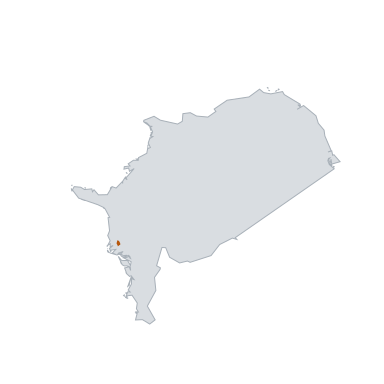 Nash, North Carolina, United States of America shown in context, rotated 127°
{"feature_id": "52423323B12414310346130", "entity_name": "Nash", "entity_type": "district", "adm_level": 2, "iso_a3": "USA", "parent_name": "United States of America", "parent_adm1": "North Carolina", "projection": "albers", "projection_center": [-77.97, 35.965], "detail": "fine", "context": "in_parent", "style": "filled", "palette": "amber", "viewbox_px": 384, "rotation_deg": 127, "n_neighbors": 0, "source": "geoboundaries", "source_scale": "gbopen_adm2", "svg_char_len": 4067}
<svg xmlns="http://www.w3.org/2000/svg" viewBox="0 0 384 384"><g transform="rotate(127 192 192)"><path d="M292.4,161.6L310.0,159.0L316.3,144.5L322.9,146.3L323.8,154.8L328.2,160.1L321.6,162.9L321.4,164.5L320.1,162.6L318.7,166.1L313.6,168.9L310.5,177.8L313.8,181.2L315.8,180.6L315.2,179.1L315.9,179.8L316.2,181.6L310.3,183.2L309.1,181.3L308.7,184.0L301.9,185.0L296.8,188.7L297.3,186.7L296.8,185.5L295.5,190.2L297.0,191.0L296.6,194.9L293.2,200.1L289.5,197.1L291.6,193.8L289.1,196.1L290.2,199.6L291.8,201.6L292.1,203.9L287.8,212.2L289.0,207.0L285.5,202.2L287.7,197.0L284.3,198.6L285.6,206.2L282.2,204.0L281.0,204.2L282.1,201.8L282.0,201.1L280.9,203.0L280.8,204.6L286.0,207.5L284.8,208.9L282.5,206.2L281.6,205.8L284.5,208.9L285.8,209.6L285.1,211.5L283.5,210.0L286.0,212.9L285.4,213.3L284.2,211.8L281.0,211.2L284.9,213.9L287.4,213.8L290.0,220.8L287.8,215.4L288.5,218.9L283.7,218.3L287.2,221.7L288.8,220.7L286.7,223.9L282.2,222.8L285.0,224.4L282.5,226.1L285.4,227.2L280.2,228.0L277.5,233.1L272.6,234.5L263.0,243.6L261.8,242.5L257.9,250.9L257.5,253.0L258.8,259.5L265.1,278.8L262.3,288.8L258.6,289.3L255.2,283.8L254.7,279.3L249.8,273.9L251.7,271.6L249.2,271.6L250.6,265.0L245.1,258.0L235.8,259.0L234.5,255.0L225.6,253.9L226.9,252.5L225.2,253.8L221.1,254.1L221.3,251.2L220.4,253.2L208.1,252.3L213.1,254.4L211.0,257.0L214.7,260.1L212.5,261.3L208.5,257.2L207.9,259.9L201.9,257.9L199.1,254.0L196.7,255.4L188.3,251.4L182.6,254.3L184.1,253.5L181.5,252.0L179.3,256.4L173.3,258.4L174.7,257.8L171.3,256.6L172.2,258.4L167.7,259.6L165.1,264.4L163.4,263.2L164.7,264.9L164.0,269.7L165.1,272.9L163.7,273.6L154.4,267.9L153.7,260.5L146.4,244.4L141.4,242.3L134.9,246.4L129.7,241.1L128.6,234.1L122.6,224.4L113.3,221.4L112.4,224.2L97.6,219.2L81.8,203.7L69.2,199.9L69.5,194.6L66.2,188.1L57.3,180.1L58.7,176.9L56.8,158.6L57.8,157.3L58.6,160.0L59.0,156.3L62.7,157.8L55.8,154.9L56.5,138.9L61.1,132.5L63.1,123.8L67.3,119.6L75.3,105.6L78.2,107.5L75.1,105.1L78.0,101.7L76.8,101.1L78.7,92.0L85.6,97.2L82.1,100.7L86.0,98.9L84.0,102.4L81.8,102.3L83.0,103.2L85.2,102.4L87.4,99.0L87.9,92.4L202.4,130.0L202.9,127.7L204.5,132.0L217.3,138.3L231.3,138.5L249.3,151.2L249.9,154.1L256.1,159.2L257.6,170.6L252.3,179.5L254.4,182.6L272.2,175.9L271.6,171.6L273.1,170.9L282.7,170.6L292.4,161.6ZM304.0,186.9L306.9,186.2L296.6,189.4L305.1,185.7L304.0,186.9ZM86.9,96.1L86.8,98.9L86.6,99.2L86.0,96.8L86.9,96.1ZM165.1,272.0L164.6,267.6L165.2,265.3L164.9,267.8L165.1,272.0ZM322.4,163.1L322.4,164.4L321.9,164.2L322.4,163.1ZM199.0,255.2L199.1,256.2L198.2,255.3L199.0,255.2ZM59.7,185.5L61.1,185.6L61.1,185.8L59.7,185.5ZM58.6,184.6L57.8,185.0L57.6,184.3L58.6,184.6ZM313.0,183.2L312.3,184.1L312.0,183.9L313.0,183.2ZM166.4,263.3L165.3,265.0L167.8,261.7L166.4,263.3ZM263.3,272.5L264.5,276.3L263.0,272.1L263.3,272.5ZM64.5,191.2L64.7,192.4L64.4,191.2L64.5,191.2ZM262.9,289.4L261.7,290.6L263.7,288.1L262.9,289.4ZM290.5,223.2L289.3,224.7L290.2,221.1L290.5,223.2ZM86.7,93.7L86.4,94.4L86.1,93.9L86.7,93.7ZM172.1,259.2L170.0,259.7L172.2,258.9L172.1,259.2ZM315.8,183.4L315.9,184.3L315.0,184.2L315.8,183.4ZM63.4,193.8L63.3,195.1L63.1,193.9L63.4,193.8ZM169.4,260.3L168.5,260.6L169.4,260.0L169.4,260.3ZM291.7,205.5L290.5,207.5L291.8,204.7L291.7,205.5ZM181.9,255.0L180.5,255.5L182.5,254.6L181.9,255.0ZM258.1,251.9L257.8,253.5L257.7,252.4L258.1,251.9ZM285.8,227.4L285.4,227.8L286.6,226.6L285.8,227.4ZM239.1,258.9L237.5,259.6L236.9,259.4L239.1,258.9ZM220.5,253.8L220.2,254.0L219.3,253.9L220.5,253.8ZM253.0,279.4L253.2,280.5L252.7,279.1L253.0,279.4ZM216.3,255.5L216.0,256.5L216.1,254.7L216.3,255.5ZM259.2,291.9L258.3,292.0L259.6,291.7L259.2,291.9ZM296.4,195.6L295.8,196.6L296.5,195.2L296.4,195.6ZM288.4,225.0L287.9,225.4L288.4,225.0Z" fill="#d9dde1" stroke="#a8b0b8" stroke-width="1"/><path d="M275.8,221.0L276.0,221.4L276.0,221.5L276.3,221.4L276.6,221.3L277.5,220.9L277.8,220.8L278.0,220.6L278.3,219.9L278.3,219.7L278.5,219.4L278.6,219.0L278.7,218.9L278.4,218.8L278.2,218.9L277.8,218.8L277.7,218.9L277.6,218.7L277.4,218.5L277.2,218.7L276.8,218.9L276.2,220.1L275.8,221.0L275.8,221.0Z" fill="#f59e0b" stroke="#b45309" stroke-width="1.5"/></g></svg>